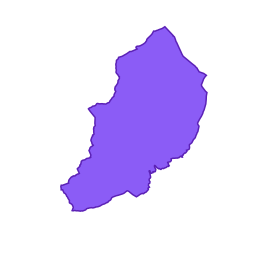 Nucet, Bihor, Romania, rotated 323°
{"feature_id": "2599482B33433612869061", "entity_name": "Nucet", "entity_type": "district", "adm_level": 2, "iso_a3": "ROU", "parent_name": "Romania", "parent_adm1": "Bihor", "projection": "albers", "projection_center": [22.608, 46.495], "detail": "fine", "context": "isolated", "style": "filled", "palette": "violet", "viewbox_px": 256, "rotation_deg": 323, "n_neighbors": 0, "source": "geoboundaries", "source_scale": "gbopen_adm2", "svg_char_len": 5784}
<svg xmlns="http://www.w3.org/2000/svg" viewBox="0 0 256 256"><g transform="rotate(323 128 128)"><path d="M199.7,159.3L204.6,155.6L207.5,152.4L209.8,149.6L212.4,147.2L212.0,145.4L212.0,139.0L212.7,137.6L214.6,136.5L218.0,134.3L220.3,133.5L222.3,133.1L221.3,130.0L218.6,125.9L218.9,124.2L218.8,123.3L219.2,121.9L218.9,120.6L218.8,118.7L217.9,115.4L215.2,103.9L215.5,101.6L216.2,98.6L217.0,94.8L218.4,88.6L218.3,88.0L219.1,85.9L219.9,83.2L219.8,82.6L219.4,81.5L219.7,81.4L218.4,69.3L215.2,69.1L212.1,68.1L210.3,67.7L209.5,67.3L208.3,67.1L207.8,66.9L206.8,66.0L204.4,67.1L203.3,67.5L201.5,67.8L198.0,68.2L196.5,68.5L195.1,69.6L194.1,69.8L193.5,70.1L192.7,70.2L190.7,70.2L187.9,69.8L186.8,69.5L185.9,69.1L184.4,68.1L183.0,68.2L182.7,69.0L182.8,70.4L176.7,68.9L175.5,68.0L171.8,67.9L166.4,67.2L163.0,65.9L161.9,66.8L159.6,67.0L159.0,67.5L158.4,68.4L156.8,69.6L156.1,70.6L155.5,71.7L154.3,73.0L153.7,74.5L152.0,76.2L151.7,77.6L151.9,78.6L151.9,79.5L151.8,80.2L151.8,80.7L151.7,81.4L152.0,81.8L151.8,82.2L151.5,82.3L151.1,82.8L151.0,83.2L150.7,83.4L148.6,84.1L147.6,85.3L146.5,86.2L145.4,86.5L143.7,87.2L143.0,87.2L142.1,87.8L141.1,88.7L141.0,89.0L140.4,89.7L140.3,90.4L140.3,91.3L139.7,91.7L138.0,92.4L136.9,93.1L135.7,94.3L135.2,94.2L134.7,94.3L133.4,94.4L132.0,95.0L130.1,95.4L129.5,95.8L128.8,96.1L128.2,96.3L127.1,95.8L125.6,95.6L124.8,95.5L124.3,95.2L123.2,94.1L122.8,94.0L122.0,93.0L119.8,91.6L118.5,90.1L117.8,89.8L117.5,89.8L116.6,90.2L115.9,90.3L115.2,90.4L114.0,89.9L113.0,89.3L112.3,89.3L111.2,89.5L110.4,89.1L109.0,88.8L107.9,88.9L107.8,91.7L108.1,99.8L104.3,104.4L104.3,104.6L104.0,104.9L103.8,105.3L103.6,106.0L103.2,106.4L102.0,106.6L101.3,106.8L101.0,107.0L100.5,107.8L100.0,107.9L99.3,109.1L99.2,109.4L98.8,109.9L98.4,110.3L98.3,110.6L98.0,110.9L97.7,111.4L97.3,112.3L96.7,112.5L96.3,112.6L95.6,112.3L95.2,112.5L94.9,113.2L93.5,113.6L93.2,113.8L92.6,114.3L92.2,114.5L91.9,114.8L91.6,114.9L90.9,115.6L90.7,116.2L90.4,117.7L89.8,118.8L89.7,119.3L89.9,120.9L89.7,121.0L89.1,120.7L88.2,121.0L87.9,121.0L87.6,120.8L87.0,120.7L86.6,120.8L85.9,120.9L84.5,121.9L83.3,122.5L82.1,127.2L81.1,128.2L80.4,128.4L80.4,129.0L79.8,128.9L78.7,128.5L76.5,127.4L74.6,127.5L72.6,126.6L72.1,126.4L71.3,126.5L70.9,126.4L70.5,126.6L69.8,127.4L69.3,127.7L68.5,128.5L67.4,128.6L67.1,128.8L66.9,129.0L66.9,129.4L66.2,129.7L63.9,129.9L62.9,130.1L61.8,135.0L61.0,134.9L60.2,134.6L59.8,134.3L58.9,134.4L58.5,134.2L58.1,134.3L57.6,134.2L57.2,134.4L56.9,134.3L56.5,134.2L56.1,133.8L55.9,133.7L55.6,133.4L55.3,133.3L54.8,133.5L54.5,133.3L54.3,133.4L53.6,133.1L52.9,133.1L51.7,133.4L50.7,133.6L50.2,133.8L49.5,134.0L48.5,134.8L48.2,135.1L48.0,135.4L47.3,135.9L47.3,136.2L40.9,134.2L40.3,133.5L39.9,133.8L39.6,133.9L39.1,134.4L38.8,134.9L38.5,135.6L38.3,135.9L37.8,136.7L37.5,137.0L37.4,137.2L38.6,138.0L38.1,140.1L38.1,140.5L38.0,140.8L37.8,141.2L37.8,141.4L38.4,142.5L38.4,143.8L38.4,144.3L38.1,145.0L38.0,145.7L38.1,146.7L37.9,147.8L37.7,148.2L37.7,149.0L37.6,149.9L37.7,150.5L36.9,151.4L36.6,151.9L36.5,152.1L36.3,152.3L36.2,152.7L36.6,153.3L36.6,153.7L37.0,154.3L37.2,155.2L37.2,155.9L37.1,156.6L36.9,157.2L36.8,157.9L36.3,158.7L34.6,159.7L34.1,160.3L33.7,160.4L34.1,160.9L34.7,161.3L35.5,161.6L36.1,162.1L36.3,162.3L36.7,162.9L38.4,164.1L38.7,164.5L39.3,165.0L39.7,165.6L40.3,165.9L40.9,166.2L41.6,166.7L41.8,167.0L43.5,167.5L44.9,167.9L46.3,167.6L47.1,167.8L47.6,168.0L48.1,168.3L49.3,168.7L50.1,169.2L51.0,169.7L51.4,170.3L52.3,170.9L53.9,171.6L54.6,171.6L54.9,171.8L55.7,172.3L56.9,172.9L59.0,173.5L60.8,173.6L62.4,174.0L63.6,174.5L66.3,174.8L66.8,175.2L67.1,175.2L67.4,175.2L68.0,174.9L68.7,174.8L70.2,175.0L71.1,174.9L73.0,173.9L73.9,173.9L74.7,174.1L77.8,175.0L79.6,175.8L84.2,177.4L85.8,177.7L88.7,177.6L89.6,177.7L89.9,178.1L90.4,178.9L90.6,179.4L90.9,181.0L91.3,182.3L91.6,183.8L93.3,188.0L94.8,188.2L97.8,188.3L98.8,188.4L99.4,188.7L99.9,188.7L100.2,189.0L100.5,189.6L100.8,189.8L101.7,189.8L102.2,189.6L102.9,189.9L103.9,190.1L106.9,189.5L107.1,189.4L107.5,189.1L107.7,188.2L107.9,188.1L108.2,188.0L108.8,188.1L109.5,188.2L109.6,186.7L109.7,186.4L109.8,186.1L110.9,185.0L111.2,185.0L112.0,185.2L112.3,185.1L113.3,184.0L113.3,183.3L113.4,182.7L114.0,181.7L114.4,181.5L115.5,181.4L116.2,181.1L116.6,180.7L118.4,177.0L118.7,175.5L119.1,175.0L119.3,175.0L119.6,175.2L119.7,175.4L119.7,175.7L119.1,177.0L119.0,177.5L119.3,178.1L119.6,178.3L120.0,178.3L121.2,178.7L121.7,178.0L121.9,178.1L122.2,178.3L122.7,178.9L123.0,179.1L123.6,179.2L123.8,179.1L124.1,178.6L125.0,178.2L125.3,177.7L125.5,176.3L125.7,175.3L126.1,174.5L126.4,174.1L126.6,174.0L126.8,174.0L127.0,174.3L127.1,174.6L127.2,176.9L127.5,177.8L127.6,178.2L127.8,178.5L127.9,179.0L128.7,179.3L128.8,180.1L129.0,180.5L129.4,180.9L130.6,180.8L131.4,181.1L132.0,181.7L132.1,181.9L133.2,181.9L134.3,182.4L135.3,182.5L135.6,182.4L136.3,182.4L136.8,182.6L137.1,182.8L137.3,183.1L138.2,182.9L138.2,181.6L138.7,181.3L138.8,181.1L138.8,179.5L139.0,179.3L140.4,179.9L140.9,180.1L141.6,180.4L142.4,180.2L142.9,180.1L143.8,178.9L143.8,178.6L144.1,178.6L145.7,179.2L146.2,179.7L146.5,179.8L147.1,180.3L148.3,180.9L149.1,181.6L149.4,181.8L150.1,181.9L150.5,182.3L150.8,182.4L151.2,182.2L151.6,182.4L151.9,182.4L152.7,182.1L153.2,182.5L153.5,182.5L153.4,183.3L153.4,183.5L153.8,183.9L153.9,183.5L154.0,183.3L154.8,183.1L155.2,182.7L155.4,182.6L155.6,182.8L156.0,182.7L156.3,182.4L157.3,182.2L158.2,182.1L158.6,182.5L159.3,182.5L160.1,182.3L161.3,181.9L161.4,181.0L163.1,181.6L164.2,181.7L165.3,180.8L166.7,178.6L167.0,178.3L167.3,178.2L168.5,178.3L170.1,178.2L173.4,176.6L174.8,176.5L175.8,176.2L176.7,175.7L177.4,175.1L179.5,174.0L180.4,173.3L181.5,173.0L185.7,169.4L185.9,168.8L185.9,167.5L186.0,166.9L186.2,166.5L186.8,165.8L190.9,163.9L193.7,162.8L196.4,161.4L197.8,160.3L199.7,159.3Z" fill="#8b5cf6" stroke="#5b21b6" stroke-width="1.5"/></g></svg>